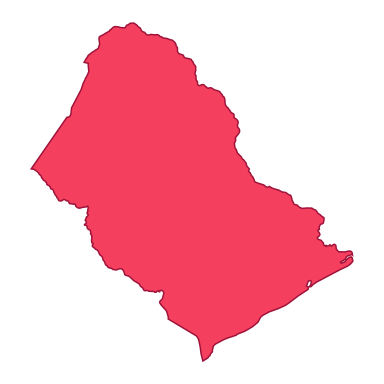 outline of Larde, Nampula, Mozambique
{"feature_id": "85939544B26264863650897", "entity_name": "Larde", "entity_type": "district", "adm_level": 2, "iso_a3": "MOZ", "parent_name": "Mozambique", "parent_adm1": "Nampula", "projection": "mercator", "projection_center": [39.499, -16.364], "detail": "fine", "context": "isolated", "style": "filled", "palette": "rose", "viewbox_px": 384, "rotation_deg": 0, "n_neighbors": 0, "source": "geoboundaries", "source_scale": "gbopen_adm2", "svg_char_len": 5877}
<svg xmlns="http://www.w3.org/2000/svg" viewBox="0 0 384 384"><path d="M133.8,23.0L133.0,23.2L130.9,23.1L129.6,23.6L128.5,24.6L127.7,25.0L126.9,25.1L126.4,25.5L125.7,27.1L124.5,27.8L120.8,27.6L118.6,26.9L115.9,26.6L114.2,26.7L112.4,28.0L111.0,29.4L110.1,29.9L109.4,31.1L105.8,33.1L103.0,34.9L100.2,36.2L99.4,36.9L99.1,37.4L99.0,39.2L99.7,44.4L98.9,46.0L98.9,46.9L98.4,48.0L97.0,49.3L95.1,50.3L94.9,50.7L92.6,52.0L88.8,54.9L87.9,55.9L87.9,56.2L86.0,59.0L84.1,62.4L88.3,63.3L88.2,65.2L88.8,71.6L87.3,75.2L86.0,77.6L85.6,77.9L84.9,80.0L83.3,83.0L81.2,89.5L71.5,108.0L71.0,113.5L70.3,115.6L70.0,116.1L68.9,116.8L67.7,117.3L66.9,117.3L31.2,168.9L33.8,169.3L36.7,171.2L38.3,172.6L39.4,174.5L40.4,175.2L41.3,176.3L41.5,177.6L42.7,178.8L43.2,179.9L44.2,180.7L45.2,181.0L45.7,182.0L46.3,182.4L46.6,182.9L46.7,184.1L47.0,184.6L47.9,185.2L49.2,185.6L49.6,186.5L50.4,187.1L50.5,188.3L51.1,189.0L52.6,189.5L53.3,190.1L53.9,192.5L54.7,193.5L55.2,194.9L56.5,196.3L56.8,197.4L57.8,198.5L58.7,200.4L59.1,200.8L61.1,201.0L62.7,200.2L63.5,199.5L64.5,199.6L65.4,199.9L66.2,200.7L68.1,201.0L68.8,201.9L68.9,202.6L69.6,203.6L71.1,203.9L71.9,203.6L73.0,204.2L75.0,204.0L75.4,204.4L75.4,205.3L75.9,206.3L77.0,207.4L78.9,208.2L81.0,207.9L82.5,207.3L86.3,206.9L87.3,206.2L87.8,206.2L88.1,206.7L88.1,208.9L87.7,210.0L87.9,211.6L87.1,212.4L87.4,214.0L88.1,214.5L88.2,214.9L87.5,216.3L86.4,217.1L85.8,219.2L85.3,219.8L85.3,220.5L86.3,221.6L86.3,222.9L86.1,223.4L84.8,224.2L84.5,224.7L84.7,225.2L85.6,225.2L86.6,225.6L87.0,226.6L87.3,228.2L88.3,229.4L89.7,229.9L90.4,230.8L90.8,232.8L90.5,233.7L91.9,236.0L91.7,237.1L91.9,238.6L91.5,239.8L91.7,242.4L91.9,242.8L92.7,242.9L92.9,243.1L93.1,243.7L92.8,244.5L92.4,244.9L92.3,246.1L92.8,246.8L94.0,247.6L95.4,249.1L97.1,250.0L98.1,250.9L99.5,254.2L100.1,255.1L101.7,256.2L102.3,257.1L103.2,260.1L104.5,261.7L105.6,264.8L107.0,265.8L107.9,267.1L109.1,267.9L111.4,268.3L112.7,269.4L116.1,270.0L116.9,269.8L119.2,268.8L121.1,268.7L122.4,269.4L123.1,270.2L124.2,272.4L124.6,274.2L125.3,275.1L128.8,276.2L129.6,276.7L133.5,280.4L138.7,283.6L139.3,284.1L140.4,286.2L143.0,288.2L143.4,289.0L143.4,289.7L143.9,289.9L144.2,290.4L145.4,290.8L146.7,290.4L147.4,290.5L148.8,291.2L152.4,291.5L153.0,291.3L154.0,291.5L154.5,292.1L155.3,292.3L156.0,292.2L156.7,291.8L157.3,290.9L158.1,290.9L159.2,291.8L159.8,291.7L159.8,290.8L160.2,290.3L161.5,290.4L162.8,291.0L163.8,292.5L163.8,293.1L162.7,297.6L162.1,299.1L160.0,301.2L159.7,301.9L159.7,302.8L161.3,305.2L162.9,306.9L163.8,308.1L164.6,308.7L166.6,311.3L168.1,316.3L168.3,317.4L168.2,319.0L196.4,335.9L198.2,338.5L199.0,341.0L200.2,347.0L201.1,354.0L202.9,361.0L207.8,358.0L209.0,356.2L209.8,355.7L210.1,355.2L210.5,353.9L212.3,351.9L212.5,351.2L212.3,349.7L213.0,348.4L213.0,346.8L214.2,345.1L215.5,344.0L224.0,339.5L228.0,337.9L235.7,335.4L236.4,335.1L237.0,334.3L244.4,331.4L248.9,328.9L253.3,326.1L258.0,322.1L260.2,317.9L261.2,316.6L262.7,315.4L268.9,312.0L278.5,308.5L285.5,305.3L289.7,302.4L298.5,295.7L307.4,289.9L308.1,289.3L308.4,287.4L308.1,286.8L306.8,286.4L306.5,286.2L306.4,285.8L307.4,284.0L307.6,282.7L308.6,280.8L310.0,280.8L310.8,280.6L311.2,281.9L311.0,283.9L310.7,284.9L309.3,286.6L309.7,286.8L310.7,286.7L311.4,286.4L312.7,284.8L316.4,282.2L340.0,269.7L347.6,266.1L350.3,264.2L352.7,261.5L352.8,260.5L352.2,258.0L351.7,257.1L351.3,256.9L350.0,257.1L348.6,257.8L346.6,259.6L345.1,261.6L344.0,262.3L342.4,263.0L341.5,263.1L340.8,262.9L340.4,262.1L342.8,260.8L345.2,259.1L346.5,256.7L347.8,255.8L351.9,254.6L352.5,255.1L352.3,253.4L351.8,252.1L350.7,251.2L350.0,251.0L348.4,251.1L344.9,251.9L339.3,251.8L338.0,251.3L336.2,248.7L335.9,245.6L335.5,245.0L334.5,244.3L333.2,244.6L331.5,246.2L330.9,246.0L330.5,245.0L329.8,244.9L328.9,245.6L327.6,246.1L327.1,246.0L326.5,245.4L326.2,245.4L326.1,246.1L325.9,246.4L325.5,246.4L324.5,245.4L323.9,245.0L323.4,244.0L323.5,243.0L321.9,241.5L321.3,240.4L317.9,239.2L317.6,238.8L317.3,237.8L319.5,235.6L319.9,234.8L319.8,234.0L319.4,232.9L318.2,231.3L318.0,230.2L318.3,229.8L319.2,229.6L319.4,229.3L319.2,226.8L320.3,224.7L321.2,224.0L322.3,223.8L323.4,222.9L324.1,218.8L323.8,217.5L321.9,216.5L320.7,215.1L318.0,213.3L315.8,210.2L313.6,209.3L311.8,208.1L306.8,208.0L302.2,208.4L300.1,207.6L298.8,206.8L297.1,205.0L294.6,204.5L294.0,204.0L292.0,199.9L291.8,198.5L290.8,195.5L290.1,195.0L288.9,194.8L285.8,192.5L281.9,191.9L279.0,190.2L275.4,189.2L272.2,188.1L269.3,186.4L267.8,187.3L266.9,187.2L265.4,186.3L263.7,184.9L258.5,183.3L255.2,182.0L254.5,181.2L254.0,179.4L252.7,176.8L251.2,175.2L250.1,172.7L248.9,171.7L248.7,171.0L248.7,170.4L249.2,169.5L249.3,168.9L246.9,166.2L246.0,162.9L243.6,159.8L242.0,158.6L241.4,157.0L237.4,153.0L236.3,149.7L234.9,147.6L234.4,143.6L234.4,143.0L235.1,141.9L235.7,140.1L235.7,139.2L235.3,138.6L235.4,137.7L238.4,134.0L239.5,132.0L239.6,131.3L239.6,130.3L239.3,129.3L237.6,126.8L237.4,124.9L238.0,123.2L238.1,121.6L237.7,120.8L236.6,119.3L234.4,117.9L234.0,117.0L234.0,114.5L233.1,113.6L231.1,112.6L229.9,110.5L228.7,109.1L227.9,107.7L226.4,106.7L225.1,104.0L224.8,99.1L224.1,97.2L222.6,95.9L222.4,95.1L221.0,93.5L220.2,92.2L219.0,91.2L214.4,89.8L211.2,87.8L209.3,87.8L208.6,88.3L207.5,88.1L206.5,87.2L206.3,86.9L205.3,86.4L204.2,85.0L203.2,84.6L201.8,84.6L199.8,85.6L198.9,85.5L198.0,84.9L197.6,84.0L197.4,81.6L196.2,80.0L196.0,78.4L196.0,75.8L195.1,74.4L194.9,73.6L195.7,70.6L195.7,66.8L195.4,66.0L193.7,63.8L192.7,61.4L191.1,59.9L191.1,59.6L190.9,59.7L189.6,58.8L185.3,58.0L184.1,57.2L183.4,55.4L182.6,54.8L179.4,53.9L178.1,52.8L177.6,51.5L177.4,50.4L177.5,48.7L177.4,47.5L176.2,46.1L175.8,44.1L175.1,42.7L172.9,40.6L172.2,40.1L170.5,39.8L166.6,38.4L163.2,38.0L162.2,37.2L159.9,36.3L158.6,35.1L157.8,34.7L156.9,34.6L154.8,34.9L151.0,34.4L148.9,35.0L147.9,35.0L146.7,34.5L146.0,34.1L144.7,32.4L142.4,31.6L141.3,30.4L140.6,28.6L140.0,27.9L137.9,26.5L136.9,25.1L133.8,23.0Z" fill="#f43f5e" stroke="#9f1239" stroke-width="1.5"/></svg>